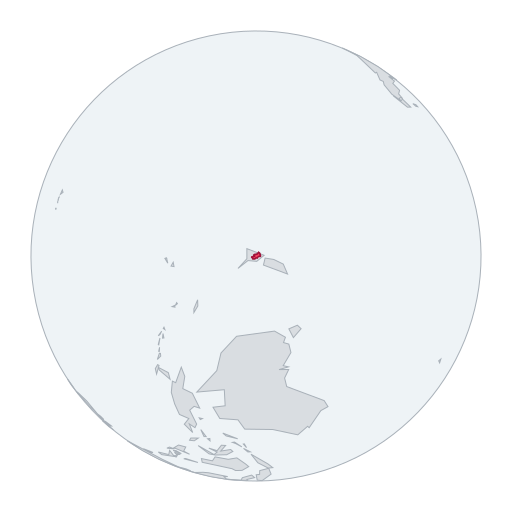 the Earth from above Manawatu-Wanganui, rotated 258°
{"feature_id": "NZL-3334", "entity_name": "Manawatu-Wanganui", "entity_type": "Regional Council", "adm_level": 1, "iso_a3": "NZL", "parent_name": "New Zealand", "parent_adm1": "", "projection": "orthographic", "projection_center": [175.592, -39.627], "detail": "fine", "context": "on_globe", "style": "filled", "palette": "rose", "viewbox_px": 512, "rotation_deg": 258, "n_neighbors": 0, "source": "natural_earth", "source_scale": "10m", "svg_char_len": 5958}
<svg xmlns="http://www.w3.org/2000/svg" viewBox="0 0 512 512"><g transform="rotate(258 256 256)"><circle cx="256" cy="256" r="225" fill="#eef3f6" stroke="#a8b0b8"/><path d="M272.6,166.4L272.9,167.9L272.6,168.1L272.6,166.4ZM401.0,428.4L398.7,430.3L399.7,429.1L404.7,424.2L400.7,426.8L404.1,423.0L398.3,427.8L396.4,425.7L388.2,430.9L384.9,429.2L379.4,432.2L380.9,430.3L380.6,429.0L378.0,429.8L386.0,422.5L396.8,416.9L400.3,416.8L402.4,413.9L410.6,412.2L410.2,410.8L423.8,401.5L431.1,396.4L441.7,383.6L429.5,399.7L415.9,414.7L401.0,428.4ZM358.4,80.5L357.0,77.5L360.9,80.3L358.4,80.5ZM354.1,75.1L355.0,76.2L353.8,75.2L354.1,75.1ZM351.9,74.0L353.5,74.8L351.7,74.2L351.9,74.0ZM348.9,72.9L350.5,73.4L350.3,73.5L348.9,72.9ZM344.2,70.4L342.9,69.8L344.3,69.9L344.2,70.4ZM370.1,435.1L384.1,423.6L377.4,429.9L379.1,431.8L369.5,438.3L370.1,435.1ZM372.4,441.1L370.7,443.9L368.4,445.2L369.1,443.6L372.4,441.1ZM126.9,71.4L125.9,72.4L122.3,75.3L115.5,80.4L120.6,76.0L119.1,77.1L126.9,71.4ZM101.9,91.7L101.5,92.4L95.6,99.4L76.7,122.0L66.2,135.8L64.3,139.1L63.2,139.8L57.1,150.5L55.4,159.4L53.8,164.6L46.1,182.5L46.8,178.9L43.8,180.8L39.9,194.7L42.0,196.6L42.6,206.2L39.5,208.6L39.3,200.7L38.3,201.1L41.0,189.5L42.8,183.1L49.5,166.0L57.5,149.5L66.8,133.8L77.3,118.8L89.0,104.8L101.9,91.7ZM113.3,413.4L115.5,412.9L116.8,415.4L113.3,413.4ZM70.5,206.9L74.7,204.5L74.7,205.5L70.5,206.9ZM66.0,207.3L70.4,203.8L65.6,209.8L66.0,207.3ZM72.2,202.5L76.7,197.2L78.6,194.2L78.5,196.3L72.2,202.5ZM63.2,209.9L50.1,224.5L45.5,228.4L46.0,223.9L53.4,214.8L63.2,209.9ZM45.7,224.3L39.5,225.4L35.0,215.3L36.5,210.6L42.0,210.7L41.6,214.1L45.3,215.0L45.7,224.3ZM62.9,186.6L62.5,195.3L54.7,202.6L51.5,205.1L49.2,197.8L50.4,191.4L52.9,188.4L65.4,160.5L69.2,160.5L64.7,170.8L68.0,174.2L62.9,186.6ZM72.6,145.0L66.1,156.3L72.7,143.2L72.6,145.0ZM77.8,134.4L77.1,137.4L75.9,136.0L77.8,134.4ZM62.2,143.5L59.4,147.5L60.4,145.4L64.5,139.0L62.2,143.5ZM91.0,105.7L87.1,111.7L85.2,114.4L85.8,112.0L91.0,105.7ZM245.6,261.4L252.1,264.5L248.9,272.7L242.4,281.0L231.8,283.1L245.6,261.4ZM175.5,285.0L168.4,275.6L177.9,273.0L179.7,282.1L175.5,285.0ZM250.6,255.6L253.2,247.2L247.6,235.8L255.2,246.5L265.1,248.6L255.0,264.1L250.6,255.6ZM121.9,258.9L100.4,292.6L93.7,295.1L91.3,287.3L77.0,272.3L78.7,271.1L72.4,259.7L82.8,236.3L89.0,209.0L99.5,204.3L104.6,186.8L117.0,182.5L115.9,194.7L131.8,197.2L135.2,169.8L152.0,193.8L168.4,201.6L181.5,220.3L178.7,258.5L170.4,267.9L165.6,264.9L163.0,269.8L154.3,270.1L143.1,259.8L140.8,264.7L140.1,254.9L138.2,264.4L130.7,258.6L121.9,258.9ZM213.6,183.5L217.3,184.3L225.3,189.8L219.2,188.7L213.6,183.5ZM263.8,170.8L267.1,173.7L262.7,173.6L263.8,170.8ZM272.6,168.1L267.3,168.2L272.6,166.4L272.6,168.1ZM224.4,166.8L226.9,168.7L225.7,169.2L224.4,166.8ZM222.8,166.1L223.9,163.4L224.6,166.2L222.8,166.1ZM202.9,151.6L204.4,150.2L205.5,151.2L202.9,151.6ZM81.0,200.1L86.2,189.4L89.7,186.7L81.0,200.1ZM199.5,148.9L195.0,148.9L195.1,147.5L199.5,148.9ZM199.1,145.7L198.3,143.8L202.1,148.1L199.1,145.7ZM189.8,142.0L195.8,145.0L189.3,142.4L189.8,142.0ZM186.8,142.7L182.8,141.6L183.0,141.0L186.8,142.7ZM148.8,151.1L162.8,159.8L153.0,161.3L141.5,156.8L135.0,165.2L118.9,169.3L121.8,164.2L119.0,159.1L103.9,163.0L100.8,160.6L105.7,155.8L96.5,157.4L106.4,150.9L111.0,156.5L116.9,148.2L128.2,145.7L140.2,144.8L151.0,148.2L148.8,151.1ZM107.6,167.5L109.5,166.8L108.1,169.8L107.6,167.5ZM175.3,138.0L181.0,141.3L180.6,142.3L177.9,142.0L175.3,138.0ZM153.3,146.3L164.4,137.8L167.3,137.4L160.1,146.0L153.3,146.3ZM161.2,134.2L166.8,134.1L170.2,137.2L169.1,138.4L161.2,134.2ZM87.3,170.6L87.1,172.9L84.7,172.6L87.3,170.6ZM90.2,167.6L97.7,165.9L89.7,169.7L90.2,167.6ZM70.5,173.7L72.3,177.2L77.9,169.9L73.7,177.5L78.1,182.8L77.0,186.9L72.5,180.9L72.0,191.0L69.6,192.7L67.7,186.0L69.8,174.7L72.2,169.0L82.6,160.0L70.5,173.7ZM89.9,161.7L88.1,157.2L89.6,152.7L91.5,154.4L89.9,161.7ZM83.8,147.6L80.2,144.7L75.9,149.8L85.5,135.9L87.2,140.9L83.8,147.6ZM82.3,137.2L78.2,141.9L83.0,134.5L82.3,137.2ZM77.7,140.7L78.3,137.0L81.0,135.4L77.7,140.7ZM84.2,136.1L86.6,128.9L87.1,131.7L84.2,136.1ZM79.9,129.4L83.9,131.1L76.9,134.4L81.3,122.5L84.6,119.7L79.9,129.4ZM127.7,73.2L129.5,71.3L133.8,68.8L131.4,70.8L127.7,73.2ZM149.4,60.3L135.5,67.6L124.7,74.3L125.9,74.0L119.7,79.4L120.1,77.6L130.9,69.7L138.4,65.5L143.6,61.9L151.5,57.5L156.1,54.5L160.9,52.2L159.1,53.7L149.4,60.3ZM169.7,47.9L174.8,46.0L173.9,46.5L166.3,49.8L163.4,50.8L157.8,53.5L167.3,48.9L169.7,47.9Z" fill="#d9dde1" stroke="#a8b0b8" stroke-width="1"/><path d="M254.7,260.1L254.7,259.9L254.8,259.8L254.8,259.7L254.8,259.4L254.9,259.2L254.9,258.8L254.9,258.6L254.8,258.2L254.7,257.9L254.5,257.6L254.4,257.5L254.1,257.1L253.9,257.0L253.7,256.9L253.7,256.7L253.8,256.6L254.0,256.5L254.0,256.4L254.0,256.2L254.1,255.9L254.2,255.7L254.0,255.4L253.9,255.3L253.9,255.2L253.8,254.9L253.7,254.8L253.5,254.6L253.5,254.4L253.4,254.3L253.3,254.1L253.4,253.9L253.6,253.7L253.6,253.4L253.6,253.2L253.6,252.9L253.6,252.7L253.8,252.7L254.0,252.6L254.1,252.4L254.1,252.2L254.3,252.2L254.5,252.1L254.8,252.1L255.0,252.0L255.1,251.9L255.3,251.8L255.4,251.7L255.6,251.5L255.8,251.5L256.0,251.6L256.1,251.9L256.1,252.0L255.9,252.4L255.8,252.6L255.9,252.8L255.9,253.0L256.0,253.2L255.9,253.3L256.0,253.5L256.1,253.8L256.2,254.0L256.1,254.3L256.0,254.5L256.3,254.7L256.5,254.7L256.8,254.6L256.9,254.4L257.0,254.3L257.2,254.2L257.3,253.9L257.5,254.0L257.6,254.3L257.6,254.6L257.6,254.8L257.5,255.0L257.7,255.3L257.7,255.5L257.8,255.5L257.7,255.8L257.8,255.9L257.8,256.0L257.8,256.3L257.6,256.8L257.6,257.1L257.5,257.4L257.6,257.5L257.9,257.5L258.0,257.7L258.2,257.8L258.2,258.0L258.3,258.1L258.3,258.3L258.4,258.5L258.4,258.8L258.5,259.0L258.9,259.1L259.0,259.2L259.1,259.3L258.9,259.4L258.7,259.7L258.5,259.9L258.4,260.0L258.0,260.2L257.8,260.1L257.6,260.2L257.2,260.3L256.9,260.5L256.7,260.5L256.6,260.3L256.4,260.2L256.3,260.3L256.1,260.4L255.7,260.3L255.4,260.4L255.2,260.4L255.1,260.5L254.9,260.4L254.7,260.2L254.7,260.1Z" fill="#f43f5e" stroke="#9f1239" stroke-width="1.5"/></g></svg>